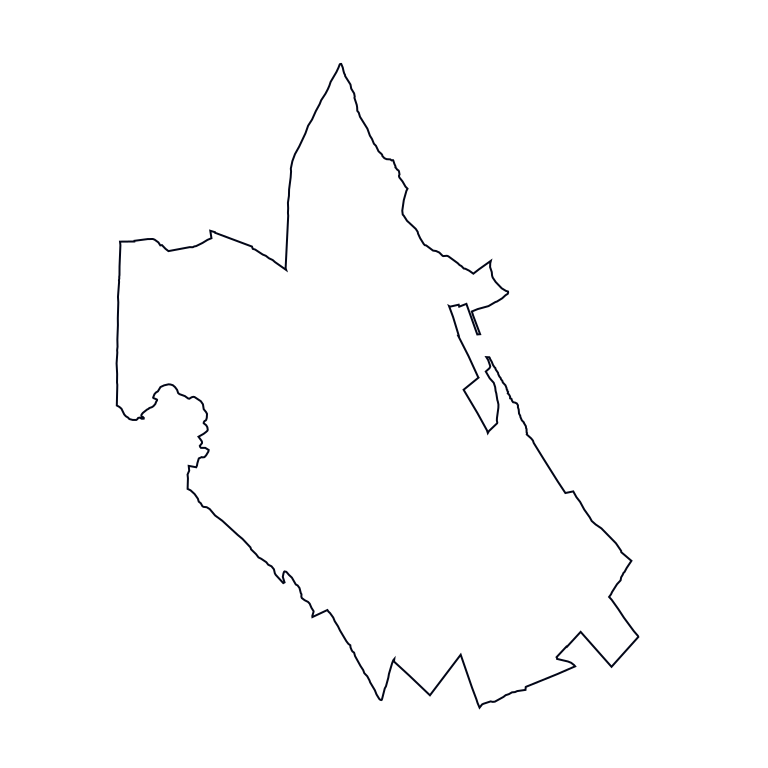 outline of Prajeni, Botosani, Romania, rotated 185°
{"feature_id": "2599482B83744359895474", "entity_name": "Prajeni", "entity_type": "district", "adm_level": 2, "iso_a3": "ROU", "parent_name": "Romania", "parent_adm1": "Botosani", "projection": "orthographic", "projection_center": [27.028, 47.48], "detail": "fine", "context": "isolated", "style": "outline", "palette": "ink", "viewbox_px": 768, "rotation_deg": 185, "n_neighbors": 0, "source": "geoboundaries", "source_scale": "gbopen_adm2", "svg_char_len": 6130}
<svg xmlns="http://www.w3.org/2000/svg" viewBox="0 0 768 768"><g transform="rotate(185 384 384)"><path d="M108.6,154.2L109.1,155.2L113.6,159.6L124.6,172.1L130.9,180.1L138.4,188.9L141.2,191.5L139.5,194.3L138.7,196.6L134.4,204.9L131.2,209.0L130.9,212.1L129.7,214.5L128.9,216.8L128.0,217.7L126.2,221.9L122.1,229.4L132.8,237.0L133.1,237.4L133.2,238.4L139.1,245.6L153.2,257.7L154.8,259.1L160.9,262.5L165.1,265.6L167.5,269.2L173.6,276.4L178.4,283.7L182.4,288.0L186.1,293.5L193.8,291.2L202.3,301.9L218.6,323.4L229.7,338.3L230.7,340.6L232.6,342.6L237.4,346.2L237.2,347.6L237.7,348.2L238.1,351.6L238.6,352.4L239.0,354.3L241.3,357.5L241.3,357.9L243.5,359.8L245.3,363.1L245.5,364.2L246.9,366.3L247.6,370.3L248.6,372.6L248.6,373.9L248.8,374.6L250.0,376.2L251.8,376.9L253.8,377.1L255.0,378.5L255.8,380.4L257.1,380.7L257.3,382.5L258.7,384.6L259.9,385.4L259.7,387.0L260.6,388.0L260.7,388.8L261.2,389.2L261.6,390.7L262.9,393.3L265.8,395.9L266.3,397.3L267.9,399.0L268.3,400.1L269.7,401.5L271.0,403.7L271.4,405.1L273.9,408.1L274.6,409.8L275.2,410.1L277.1,412.5L278.6,415.5L280.5,418.2L280.8,419.0L281.4,419.8L284.4,419.7L282.3,416.9L279.9,411.5L279.7,410.6L280.3,408.9L283.7,405.3L279.2,398.9L274.8,394.8L273.0,390.6L272.2,386.8L271.3,384.4L269.7,377.9L269.1,376.5L268.2,373.5L268.0,370.2L268.5,359.9L268.4,357.5L267.8,355.5L267.9,354.7L275.4,346.2L276.3,344.2L277.4,346.8L288.4,363.2L304.2,385.2L290.4,398.6L290.9,399.2L302.2,419.1L314.3,438.5L313.7,438.6L321.0,456.7L326.0,467.3L325.1,466.9L323.7,467.2L316.5,469.5L315.8,467.6L308.9,471.0L295.4,441.5L292.6,442.0L301.1,459.8L302.8,463.9L297.2,466.8L286.7,470.7L280.1,475.4L278.8,475.9L273.7,479.7L270.7,483.0L268.6,484.6L268.3,485.8L268.5,486.9L270.7,487.4L275.1,489.6L281.6,495.3L285.0,499.5L285.8,501.5L286.4,504.9L288.5,509.7L288.7,513.6L288.3,516.0L299.2,506.7L304.6,501.7L309.0,504.3L313.0,505.9L314.6,506.0L317.1,508.2L319.1,509.1L321.1,510.8L331.0,516.8L332.5,517.2L336.1,516.6L336.8,516.8L340.4,519.8L343.7,521.0L346.8,521.2L354.0,525.7L355.5,525.9L356.6,526.9L360.7,532.4L363.2,536.8L363.7,538.5L365.9,541.3L375.3,548.6L379.0,553.4L380.1,554.4L380.9,558.2L380.3,568.9L378.5,578.4L377.6,580.6L379.8,582.5L383.2,587.4L386.6,591.0L387.1,592.0L387.2,593.1L386.8,594.1L387.6,597.1L388.1,597.9L389.8,598.9L390.5,599.9L391.5,600.7L391.5,601.8L392.8,604.1L394.2,607.4L394.6,607.8L395.9,607.4L397.3,608.3L401.0,608.2L403.3,609.0L405.5,611.0L405.8,612.1L406.4,612.8L409.7,615.3L412.8,620.6L415.0,622.5L417.3,627.0L419.7,630.2L422.8,636.9L431.2,648.1L432.8,652.1L434.4,653.8L434.9,657.4L435.5,659.7L438.4,666.5L438.2,667.7L439.1,670.9L442.4,675.4L443.5,679.4L449.5,687.3L449.8,688.6L450.7,689.9L451.5,691.9L452.7,695.7L454.5,699.1L455.5,699.0L456.0,698.4L456.9,695.2L458.6,690.6L463.5,680.3L464.4,676.5L465.6,672.9L467.6,668.1L471.3,661.2L472.5,657.2L475.7,649.9L478.7,641.2L482.1,634.7L484.1,626.9L489.2,613.1L492.7,605.3L494.7,598.0L495.6,590.4L495.1,587.6L495.0,581.6L495.5,569.5L495.1,563.1L495.5,556.2L494.8,550.8L494.6,546.1L494.1,543.3L492.1,490.8L491.4,489.1L503.3,496.0L505.7,497.8L509.5,499.2L512.9,501.4L516.1,502.4L524.1,506.7L526.5,507.2L527.5,509.4L565.4,519.9L565.6,520.5L570.4,521.5L568.6,514.2L572.4,512.2L577.1,508.7L583.2,505.0L585.0,504.5L586.4,503.6L589.5,503.4L610.3,497.6L613.4,499.6L617.3,503.0L618.9,502.6L621.1,505.4L625.1,507.8L626.9,508.3L631.9,507.8L645.1,504.9L645.1,504.2L659.4,502.8L658.7,499.4L657.7,478.0L657.0,469.4L657.1,467.7L656.9,466.0L657.1,464.3L656.8,462.7L656.6,447.5L655.8,442.1L654.9,426.3L654.2,419.4L653.5,405.1L652.7,397.9L652.8,394.5L652.4,391.9L652.2,381.3L650.7,370.6L650.1,362.2L649.6,359.9L648.3,339.3L645.6,338.1L643.4,336.5L640.1,331.0L638.4,329.4L636.0,328.2L634.6,326.9L631.2,326.3L627.7,326.6L626.7,327.4L625.9,328.8L624.5,329.2L622.3,328.3L620.4,328.5L620.3,329.2L621.3,330.1L622.2,329.9L622.7,330.5L623.0,331.8L622.6,332.8L621.7,334.2L617.8,337.9L616.3,338.8L615.7,339.6L613.2,340.7L611.8,341.8L610.1,344.1L609.4,346.5L608.7,347.9L608.7,348.5L609.0,348.8L612.5,349.9L612.8,350.4L611.8,353.8L610.5,355.6L608.6,357.0L606.4,361.5L602.9,363.5L598.6,364.9L596.7,364.9L594.3,364.4L591.9,362.7L589.6,360.1L588.3,357.1L586.9,356.1L581.3,354.6L577.8,352.5L576.6,352.4L574.5,354.0L572.9,354.6L571.6,354.5L565.0,350.9L562.6,348.0L561.4,343.2L558.8,340.5L557.7,338.8L557.6,334.9L558.0,332.8L558.5,332.1L559.5,331.5L560.2,330.2L560.2,329.2L557.5,327.4L556.2,325.5L555.6,323.0L555.9,322.0L557.1,320.7L559.4,318.6L564.2,315.3L560.9,311.6L560.2,310.3L560.2,309.1L562.1,306.3L561.6,305.2L560.7,304.4L556.5,304.8L552.9,303.0L553.1,301.3L555.0,297.4L556.5,295.5L558.2,295.1L559.2,295.3L562.0,293.7L563.0,288.9L563.2,286.5L563.8,284.7L571.4,285.4L570.5,280.7L571.8,276.7L571.1,273.0L570.5,262.4L567.4,261.2L563.1,257.9L559.4,253.5L558.3,250.7L556.1,249.2L554.3,246.5L553.2,245.9L549.9,245.8L546.7,244.2L540.8,238.3L533.1,233.6L516.6,220.9L511.4,217.3L502.8,209.6L502.0,207.7L496.6,203.3L493.9,200.3L491.1,199.2L485.7,196.2L483.6,193.9L480.2,192.6L477.5,189.8L476.2,185.8L475.2,184.4L467.0,176.9L465.8,177.7L468.0,183.0L467.6,186.7L467.2,188.1L466.8,188.6L465.1,188.4L464.4,187.9L462.1,185.6L458.9,183.1L454.4,176.6L452.5,175.8L450.4,173.4L448.6,168.3L447.9,167.4L447.8,164.9L447.2,163.6L444.2,161.7L440.7,160.3L438.9,158.7L436.8,154.8L434.4,151.6L434.3,151.0L435.2,146.6L435.0,145.6L420.7,153.9L419.5,152.4L417.8,151.1L414.2,146.9L412.4,143.4L408.7,138.6L406.4,134.7L399.0,124.4L396.8,122.0L394.8,120.8L394.4,118.7L393.0,116.0L392.1,114.8L390.4,113.8L389.1,110.4L382.8,101.0L379.8,97.2L378.4,94.2L375.2,91.4L372.6,87.4L371.8,85.6L366.4,78.1L364.4,74.1L361.3,69.9L360.2,69.1L359.2,68.9L358.7,69.2L358.4,70.4L356.7,80.8L355.7,83.0L354.1,91.8L353.8,95.6L351.6,106.4L350.7,109.6L349.8,110.9L349.9,108.8L349.5,108.1L333.5,95.8L311.1,77.9L284.0,121.0L269.9,89.3L264.4,77.8L263.0,74.4L260.6,69.9L258.4,73.3L257.1,74.1L250.1,77.1L248.0,76.8L245.9,77.2L237.7,82.7L235.7,84.6L232.6,85.9L229.6,88.0L226.7,88.5L224.5,89.7L216.4,91.6L216.4,94.5L216.2,94.7L185.9,110.2L169.0,119.4L170.2,120.6L173.3,122.6L176.6,123.6L187.6,125.2L187.7,126.0L188.3,126.9L179.3,138.4L178.9,138.1L166.5,154.2L132.7,122.1L108.6,154.2Z" fill="none" stroke="#020617" stroke-width="2"/></g></svg>